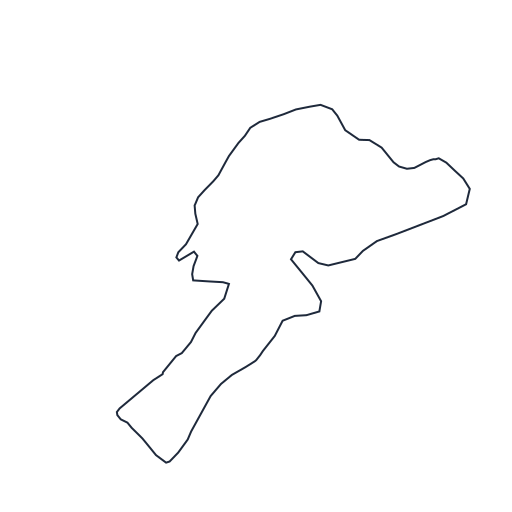 the district of Kafr Al-Shaykh, Kafr ash Shaykh, Egypt, rotated 50°
{"feature_id": "37247803B88656028982840", "entity_name": "Kafr Al-Shaykh", "entity_type": "district", "adm_level": 2, "iso_a3": "EGY", "parent_name": "Egypt", "parent_adm1": "Kafr ash Shaykh", "projection": "equal_earth", "projection_center": [30.946, 31.12], "detail": "fine", "context": "isolated", "style": "outline", "palette": "slate", "viewbox_px": 512, "rotation_deg": 50, "n_neighbors": 0, "source": "geoboundaries", "source_scale": "gbopen_adm2", "svg_char_len": 1617}
<svg xmlns="http://www.w3.org/2000/svg" viewBox="0 0 512 512"><g transform="rotate(50 256 256)"><path d="M345.8,86.7L346.9,81.7L351.4,61.8L342.0,49.1L329.8,47.4L319.0,48.8L306.8,50.2L300.0,52.7L298.6,53.2L297.3,56.3L295.9,57.9L294.5,61.0L293.1,65.6L293.0,66.1L292.9,66.5L291.7,71.9L290.3,78.1L286.2,84.3L279.4,88.9L272.6,90.4L253.7,90.1L240.1,94.6L235.4,99.9L233.2,102.3L217.0,106.8L200.7,103.5L195.3,103.4L192.6,103.3L181.7,109.4L176.2,118.8L169.4,131.2L165.2,143.6L159.7,157.6L155.6,167.0L155.2,170.1L154.1,177.9L156.8,187.3L158.1,196.7L162.0,212.4L164.6,219.2L167.7,227.1L170.0,232.9L171.3,240.7L172.5,253.2L173.8,262.6L177.1,269.0L177.8,270.5L184.6,275.3L194.0,280.1L202.0,302.1L203.2,313.1L205.9,317.9L208.6,317.9L210.0,317.9L212.8,300.7L215.5,300.8L218.2,300.8L219.9,303.7L223.6,310.3L228.9,316.6L234.3,319.8L245.2,308.4L254.8,298.2L259.3,295.1L259.7,294.9L260.0,294.7L268.3,307.8L269.5,325.0L272.2,336.0L276.1,351.7L280.1,361.1L282.7,375.3L281.3,381.5L285.2,401.9L286.5,403.5L285.1,414.4L285.1,423.8L285.1,430.1L285.1,439.4L285.1,448.8L285.1,456.6L285.1,458.4L286.1,462.9L288.8,464.5L294.2,464.6L301.0,461.6L307.7,461.7L320.4,460.5L322.7,460.3L332.1,460.4L344.3,460.6L356.5,457.7L357.9,454.3L356.6,442.0L352.7,426.3L348.7,418.4L334.1,380.7L331.5,365.0L331.6,350.9L334.4,335.3L335.9,324.4L335.9,322.8L334.6,316.5L333.2,311.8L329.3,293.0L322.7,277.2L324.3,272.4L326.8,264.8L333.7,255.5L339.2,243.1L332.5,235.2L314.9,231.8L302.7,231.6L281.0,231.3L278.4,223.4L282.5,217.2L301.5,212.8L309.7,206.7L322.0,181.8L320.8,170.8L322.3,153.7L329.2,135.0L345.8,86.7Z" fill="none" stroke="#1e293b" stroke-width="2"/></g></svg>